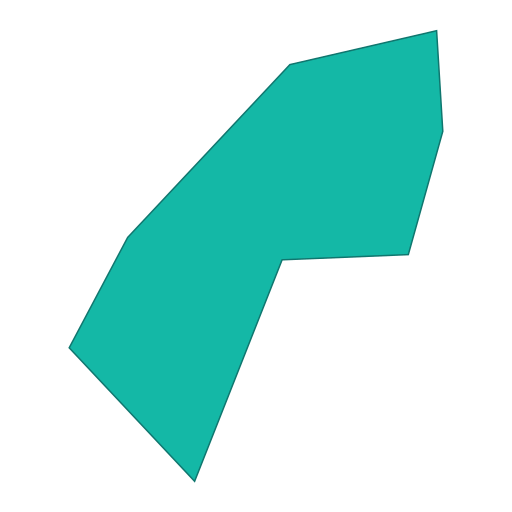 an SVG outline of North Side
{"feature_id": "AIA-5119", "entity_name": "North Side", "entity_type": "District", "adm_level": 1, "iso_a3": "AIA", "parent_name": "Anguilla", "parent_adm1": "", "projection": "equal_earth", "projection_center": [-63.042, 18.253], "detail": "fine", "context": "isolated", "style": "filled", "palette": "teal", "viewbox_px": 512, "rotation_deg": 0, "n_neighbors": 0, "source": "natural_earth", "source_scale": "10m", "svg_char_len": 236}
<svg xmlns="http://www.w3.org/2000/svg" viewBox="0 0 512 512"><path d="M69.2,347.8L127.7,237.4L289.9,64.6L436.6,30.7L442.8,131.3L408.3,254.6L282.1,259.8L194.6,481.3L69.2,347.8Z" fill="#14b8a6" stroke="#0f766e" stroke-width="1.5"/></svg>